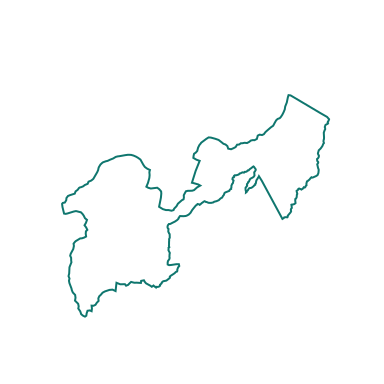 the district of Belgut, Rift Valley, Kenya, rotated 332°
{"feature_id": "3690345B57157078015490", "entity_name": "Belgut", "entity_type": "district", "adm_level": 2, "iso_a3": "KEN", "parent_name": "Kenya", "parent_adm1": "Rift Valley", "projection": "albers", "projection_center": [35.283, -0.399], "detail": "fine", "context": "isolated", "style": "outline", "palette": "teal", "viewbox_px": 384, "rotation_deg": 332, "n_neighbors": 0, "source": "geoboundaries", "source_scale": "gbopen_adm2", "svg_char_len": 6072}
<svg xmlns="http://www.w3.org/2000/svg" viewBox="0 0 384 384"><g transform="rotate(332 192 192)"><path d="M105.5,134.3L103.7,135.8L100.6,135.5L98.6,135.9L96.5,135.7L94.9,135.3L94.1,135.4L92.1,136.4L89.5,136.8L87.7,138.4L82.7,137.5L80.6,137.3L78.3,138.4L77.1,140.2L74.8,141.6L72.8,141.0L71.7,141.5L70.6,144.4L68.9,151.0L70.2,152.0L72.0,152.5L78.3,153.7L80.4,154.3L81.0,154.7L83.6,157.1L84.3,157.6L85.0,159.8L85.3,162.0L85.2,164.9L86.2,167.3L83.8,169.5L81.5,170.9L81.9,173.5L81.8,176.3L79.9,176.9L78.6,178.9L77.6,181.6L75.3,181.6L73.0,181.2L71.5,180.5L66.2,180.8L65.2,181.1L63.2,182.0L62.4,184.2L60.4,186.6L55.9,189.6L54.5,191.1L54.4,193.3L53.0,196.1L52.6,197.4L48.5,200.9L45.3,206.3L43.5,208.3L43.2,210.9L41.7,212.6L41.0,214.9L40.3,220.5L39.8,222.4L39.6,224.8L40.5,228.0L39.5,230.7L37.7,233.0L39.0,237.2L38.3,239.7L36.9,241.5L37.3,244.9L36.8,247.9L37.8,250.2L39.0,251.8L40.6,251.6L42.0,249.7L44.0,247.8L46.2,248.6L47.4,250.1L48.9,248.0L50.0,245.2L51.6,246.2L53.8,246.3L55.9,245.1L58.4,244.3L59.4,241.9L61.2,240.5L63.4,239.9L65.3,239.1L66.2,238.9L68.5,238.9L73.2,239.7L76.0,240.9L78.0,243.6L82.7,236.7L85.3,239.8L89.5,241.9L89.8,243.8L92.1,244.0L93.7,243.4L96.0,242.8L98.4,245.0L100.4,246.0L104.2,248.3L105.4,246.6L108.1,247.4L108.1,249.0L108.5,251.0L111.3,255.3L112.0,256.8L114.1,256.5L114.6,258.1L115.2,258.6L115.4,259.4L116.0,259.0L116.7,259.5L117.8,259.9L118.8,260.0L119.9,259.7L120.2,258.9L122.3,258.4L122.7,257.8L123.6,257.5L124.7,257.3L127.8,258.2L131.3,257.6L132.3,257.3L132.7,256.3L133.7,256.0L137.2,255.7L138.7,255.5L139.8,255.1L140.5,255.0L141.4,255.2L142.1,254.7L142.4,253.9L143.0,253.2L144.4,252.0L146.0,251.4L146.5,249.6L144.3,248.4L139.2,246.6L137.4,245.8L136.5,244.6L137.3,243.0L138.3,241.7L140.5,240.6L141.3,239.7L141.6,238.7L143.1,236.2L143.6,235.7L143.9,235.0L143.8,234.3L143.9,232.3L144.3,231.7L144.8,231.0L145.1,230.2L146.1,230.0L146.1,229.4L146.4,228.6L146.9,227.9L148.4,225.1L148.9,224.4L149.7,222.8L150.9,221.9L152.5,218.7L152.3,217.7L152.5,216.8L152.4,216.0L152.9,215.1L153.9,213.6L153.6,212.8L153.9,211.4L155.0,210.1L156.6,209.4L157.5,209.9L158.1,210.0L160.3,210.0L162.9,210.1L165.7,209.8L167.4,209.3L167.9,208.7L168.6,208.5L169.3,207.9L170.1,207.6L173.0,209.3L175.1,210.2L176.3,210.4L178.5,210.4L180.9,209.7L183.7,208.0L186.0,207.0L189.1,205.7L190.4,205.6L191.2,205.2L192.5,206.2L192.7,206.9L193.4,206.9L195.6,206.3L196.5,206.3L197.6,206.0L198.9,206.1L199.4,207.1L200.2,207.7L201.5,209.3L203.8,210.6L206.0,211.2L207.0,211.0L209.3,211.6L211.9,211.8L213.3,211.3L215.1,211.0L215.9,211.1L217.6,210.0L218.5,209.7L220.2,208.2L221.1,208.0L225.5,208.5L226.2,207.9L226.9,207.6L228.0,207.7L228.4,206.9L229.0,206.4L229.7,205.0L231.3,203.7L232.1,203.5L234.1,201.3L233.8,200.5L233.7,199.7L234.3,198.9L234.9,198.4L235.8,198.7L236.4,198.4L236.7,197.5L237.6,197.3L238.9,198.0L241.4,198.5L242.8,198.0L243.4,198.3L245.7,198.3L246.4,198.9L247.1,199.3L247.9,198.9L248.8,199.4L249.9,199.6L251.4,199.1L252.0,199.5L253.9,198.9L255.9,198.7L257.4,198.3L258.3,198.3L258.6,199.1L258.6,199.8L258.9,201.4L258.7,202.4L257.2,203.4L256.2,203.8L254.9,206.8L253.7,207.5L252.5,207.7L249.7,207.7L248.4,208.5L247.1,209.6L246.2,209.6L245.2,210.6L244.3,210.8L243.7,211.7L243.6,212.4L241.3,213.4L240.7,214.4L240.2,215.6L239.9,217.0L239.4,217.8L240.2,217.7L240.9,217.0L242.0,216.8L242.7,216.3L244.0,215.6L244.8,215.6L245.7,216.0L246.6,216.2L249.2,215.8L249.8,215.4L251.2,215.3L251.6,214.5L252.3,214.4L253.9,212.4L254.7,211.7L256.3,210.9L257.1,210.3L257.9,210.0L258.5,209.5L258.9,214.9L259.2,258.2L260.8,258.1L261.5,257.7L262.7,258.1L264.3,259.1L264.9,258.8L265.4,257.9L269.6,256.2L270.5,255.5L270.7,254.7L271.2,253.7L271.8,253.3L272.7,252.9L273.8,249.9L274.5,250.0L275.1,250.4L276.8,250.7L278.2,250.4L279.1,248.1L279.9,246.7L280.8,246.6L282.0,245.7L283.4,243.5L284.1,243.1L284.6,240.9L284.9,240.1L286.8,239.8L287.3,239.2L288.2,239.2L288.9,240.1L289.4,240.5L289.7,241.2L291.4,241.1L292.1,240.7L293.0,240.3L293.6,241.0L294.6,240.7L295.2,240.1L296.3,239.8L296.7,238.7L297.3,237.9L298.5,236.6L299.2,236.7L300.1,236.4L301.4,236.2L303.7,235.2L304.4,235.1L304.6,235.6L305.4,235.9L309.0,236.2L310.8,236.0L312.5,234.6L314.1,232.2L314.4,231.5L314.6,229.9L315.6,226.3L316.5,225.9L317.2,225.4L317.5,224.7L317.2,223.6L317.5,222.4L317.9,221.6L319.0,221.4L320.1,220.8L320.9,219.9L321.2,219.2L321.0,218.4L321.3,217.0L323.5,214.7L326.0,214.0L328.6,212.7L330.7,211.0L331.5,210.7L331.8,209.1L332.7,207.8L333.3,207.3L334.2,205.8L336.2,201.5L338.2,199.6L338.9,199.3L339.6,198.0L339.7,197.0L341.3,195.5L342.2,195.4L343.8,195.5L344.5,195.1L344.4,194.3L345.0,193.7L345.9,193.3L347.2,192.1L346.5,189.1L342.4,182.6L324.4,153.0L322.7,151.8L321.1,153.4L317.7,157.5L314.4,160.3L312.7,162.6L310.4,164.5L308.0,166.2L305.6,167.5L304.1,168.0L301.9,167.7L300.0,168.2L297.3,169.9L294.8,171.6L292.2,171.9L287.3,173.0L284.9,173.6L282.6,174.7L280.6,174.6L278.6,173.1L276.5,173.1L274.2,175.6L271.5,175.6L270.0,174.7L268.1,174.2L266.0,174.6L263.6,174.6L261.5,173.2L259.6,172.7L258.0,171.9L255.9,172.2L254.0,171.4L251.6,172.8L249.3,172.8L246.6,172.6L244.3,170.7L244.8,168.1L243.9,165.8L242.4,164.2L241.5,162.0L239.9,158.5L237.5,155.9L234.2,152.8L232.3,151.6L229.6,151.8L223.2,152.8L222.6,153.2L220.6,154.0L218.2,155.7L215.9,158.2L213.8,159.0L211.8,159.2L210.4,160.8L209.2,162.5L211.1,165.6L213.4,168.1L205.1,175.1L196.3,183.8L198.0,185.3L201.1,188.3L202.3,190.2L198.7,190.3L194.7,191.3L192.6,190.9L188.9,189.0L187.0,188.5L185.1,189.7L183.2,191.0L182.3,193.0L181.1,194.5L179.2,194.5L174.1,195.7L171.6,197.3L168.5,198.3L167.2,199.3L165.1,198.9L162.9,197.0L160.6,195.8L158.2,193.4L156.0,189.6L161.9,182.4L164.2,178.9L165.0,177.0L164.4,174.2L163.3,171.9L157.3,169.6L155.4,167.8L154.2,165.9L157.4,163.3L160.9,159.6L162.5,157.2L163.7,154.4L165.2,152.8L163.4,150.4L162.1,147.7L161.8,144.9L161.7,139.2L160.5,136.7L159.3,134.7L157.5,132.4L155.6,130.6L153.0,129.1L150.3,128.1L144.7,126.3L143.2,125.7L141.1,125.2L138.2,125.4L134.7,125.0L132.1,124.9L130.3,124.4L127.3,124.0L126.1,124.2L124.0,124.8L121.5,126.3L120.7,127.0L119.5,128.5L117.6,130.0L111.0,134.1L108.4,134.6L105.5,134.3Z" fill="none" stroke="#0f766e" stroke-width="2"/></g></svg>